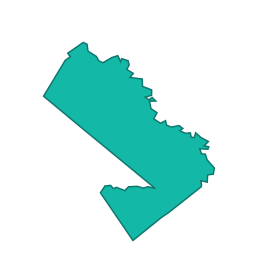 outline of Waller, Texas, United States of America, rotated 146°
{"feature_id": "52423323B21823422169347", "entity_name": "Waller", "entity_type": "district", "adm_level": 2, "iso_a3": "USA", "parent_name": "United States of America", "parent_adm1": "Texas", "projection": "natural_earth1", "projection_center": [-96.057, 29.987], "detail": "fine", "context": "isolated", "style": "filled", "palette": "teal", "viewbox_px": 256, "rotation_deg": 146, "n_neighbors": 0, "source": "geoboundaries", "source_scale": "gbopen_adm2", "svg_char_len": 987}
<svg xmlns="http://www.w3.org/2000/svg" viewBox="0 0 256 256"><g transform="rotate(146 128 128)"><path d="M187.1,89.7L186.8,32.0L150.6,35.1L141.3,35.2L100.2,38.3L98.9,39.6L97.1,43.5L92.6,38.8L88.2,44.6L83.1,42.0L78.8,46.5L80.2,57.4L78.5,63.1L81.5,65.4L80.1,70.7L73.6,65.7L71.5,67.2L74.9,70.7L68.9,71.8L72.8,79.2L74.6,86.2L78.4,83.0L80.8,85.1L79.0,89.1L83.5,91.6L86.5,96.8L82.8,97.0L84.4,101.5L91.6,104.5L94.5,108.8L92.8,113.1L98.4,113.7L101.5,121.2L95.4,124.4L98.1,131.2L95.2,138.2L89.9,134.8L90.9,139.8L94.9,139.6L96.5,144.0L90.2,141.9L87.1,146.3L92.7,154.4L88.8,160.6L98.1,168.8L93.1,170.3L96.3,177.2L91.8,179.6L90.3,183.7L94.4,189.0L97.1,187.1L96.0,193.7L102.2,195.5L112.3,196.1L114.7,200.1L114.2,205.0L118.2,214.1L115.1,220.4L117.3,224.0L136.1,223.7L136.0,219.3L142.2,219.2L180.2,201.6L167.2,156.9L139.2,62.5L144.1,68.1L148.9,69.6L153.0,74.5L160.5,79.0L165.6,77.8L170.8,85.3L174.0,85.8L174.5,90.1L179.5,92.8L187.1,89.7Z" fill="#14b8a6" stroke="#0f766e" stroke-width="1.5"/></g></svg>